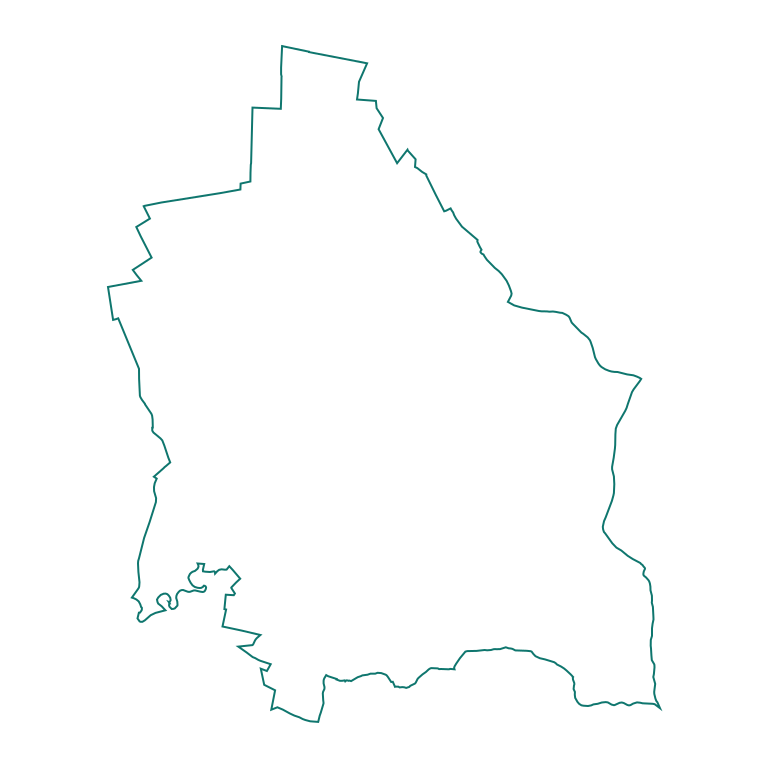 Ozun, Covasna, Romania (orthographic projection)
{"feature_id": "2599482B7707207795869", "entity_name": "Ozun", "entity_type": "district", "adm_level": 2, "iso_a3": "ROU", "parent_name": "Romania", "parent_adm1": "Covasna", "projection": "orthographic", "projection_center": [25.876, 45.801], "detail": "fine", "context": "isolated", "style": "outline", "palette": "teal", "viewbox_px": 768, "rotation_deg": 0, "n_neighbors": 0, "source": "geoboundaries", "source_scale": "gbopen_adm2", "svg_char_len": 6115}
<svg xmlns="http://www.w3.org/2000/svg" viewBox="0 0 768 768"><path d="M660.0,708.2L657.4,702.3L656.3,700.9L655.4,698.5L654.3,693.9L654.2,691.9L654.4,690.1L655.2,683.9L653.3,677.0L653.9,674.0L654.5,667.4L654.4,664.9L654.2,664.2L651.8,660.1L651.4,655.3L651.0,648.4L650.7,645.7L650.8,639.9L652.0,635.9L652.0,628.3L652.6,623.7L653.5,619.5L653.4,616.5L652.9,606.9L651.8,602.7L652.0,600.7L651.9,595.7L650.5,590.3L650.4,586.6L649.9,583.5L649.2,581.4L648.4,580.1L646.0,577.4L644.1,575.9L643.4,574.8L643.4,573.4L643.8,571.4L645.0,568.8L644.9,568.2L644.6,567.6L643.7,566.7L642.5,565.0L641.0,563.9L640.3,563.0L632.7,559.0L627.7,555.8L621.3,550.5L616.4,547.6L612.3,543.3L605.2,533.4L603.9,531.9L603.1,529.3L602.8,526.8L604.0,521.2L605.7,517.3L611.9,500.9L613.4,495.5L613.9,493.1L614.3,484.2L613.9,476.4L612.1,469.3L612.1,466.8L613.7,457.8L614.9,448.7L615.2,445.0L615.4,434.2L615.8,428.6L617.1,425.0L625.2,410.9L626.6,407.9L627.9,403.8L632.0,392.1L633.6,389.4L639.8,381.1L641.2,378.9L639.9,378.0L636.9,376.6L633.4,375.3L627.1,374.4L617.6,372.0L614.4,371.9L611.5,371.5L609.0,370.8L605.2,369.3L601.5,367.0L599.9,365.5L598.4,363.5L595.9,359.2L595.0,357.2L592.7,347.9L590.6,341.8L589.9,340.2L587.7,337.4L583.1,333.7L581.4,332.6L573.0,324.0L571.7,322.6L569.5,317.5L568.5,316.2L566.1,314.7L562.3,312.9L560.0,312.7L555.9,311.9L552.9,311.5L549.4,311.7L547.0,311.4L541.4,311.3L538.9,311.0L521.9,307.6L514.2,305.4L507.9,301.9L511.2,295.6L511.6,293.6L511.0,291.2L508.9,285.5L506.6,280.8L501.9,274.3L498.7,271.0L494.8,267.9L486.9,259.8L484.5,256.3L483.5,254.5L481.8,253.7L481.1,253.0L480.5,252.2L480.5,251.4L481.5,249.8L479.9,247.0L477.7,242.5L477.3,241.4L477.6,240.0L462.0,226.7L456.1,218.7L454.2,215.3L453.1,212.4L451.6,210.3L450.6,208.4L446.1,210.7L444.2,211.3L435.8,194.9L426.3,175.6L426.3,174.4L422.1,171.9L417.3,168.1L415.0,167.0L415.6,159.3L407.8,150.6L407.5,149.7L397.1,163.2L378.6,129.2L383.0,118.0L376.6,108.2L375.9,100.9L357.0,99.5L357.9,93.4L359.0,81.8L367.1,63.3L309.0,52.1L309.0,51.7L282.1,46.1L281.1,67.6L281.1,74.3L281.6,76.5L281.5,77.3L281.2,98.6L280.8,108.8L252.5,107.6L251.1,163.2L250.8,164.7L250.5,172.7L250.4,181.5L240.6,183.6L240.4,189.5L219.8,193.2L161.4,202.5L144.4,205.9L143.7,206.2L149.9,218.6L136.3,227.0L140.7,236.3L151.6,257.6L132.8,269.9L136.6,275.0L141.3,280.8L108.0,287.0L113.1,319.9L116.2,319.1L118.2,318.3L118.3,318.5L139.0,368.8L139.1,378.9L139.9,395.7L140.4,397.2L142.0,399.9L145.0,403.9L145.0,404.3L151.4,413.8L152.1,415.6L152.6,419.5L152.8,427.6L152.2,427.7L152.3,430.7L153.4,432.5L160.5,438.4L162.3,440.4L164.3,445.5L168.3,457.6L170.2,462.4L165.8,466.2L164.5,467.2L163.7,468.1L153.9,476.7L156.7,478.6L154.7,483.3L154.0,487.1L154.1,491.2L156.1,498.2L155.9,502.1L149.6,522.1L144.1,538.0L139.0,558.3L138.2,560.9L138.0,563.3L138.4,571.9L139.5,582.3L139.2,586.4L138.9,587.6L138.1,588.9L131.9,597.6L134.0,598.3L136.4,599.5L138.7,601.4L140.3,604.4L141.1,607.0L141.8,607.6L141.9,609.0L141.6,610.4L140.0,612.6L138.9,612.7L137.5,618.4L139.6,621.4L140.6,621.8L142.4,621.8L144.9,620.3L150.7,615.2L155.5,612.9L165.4,610.3L161.7,606.3L158.2,603.6L157.5,602.0L157.0,599.6L158.2,597.5L160.8,594.9L163.7,593.7L165.7,593.6L167.4,594.2L168.8,595.6L170.2,597.7L170.6,599.8L170.6,600.2L169.7,602.0L169.2,602.1L168.7,601.9L169.8,603.6L169.2,603.8L169.1,605.5L169.5,606.7L171.7,609.0L173.7,608.8L174.8,608.4L177.4,605.6L177.5,604.8L177.3,601.6L176.2,598.0L176.4,595.9L177.1,594.0L178.7,591.9L180.0,590.7L181.6,590.1L183.1,590.0L187.7,591.7L189.0,591.9L190.0,591.8L193.6,590.5L195.0,590.4L200.5,591.7L202.6,592.0L203.7,591.8L204.6,591.2L205.2,590.3L205.8,589.0L206.1,587.6L205.7,586.5L204.7,585.8L203.8,585.7L202.8,587.0L201.1,587.9L199.7,588.0L197.6,587.8L194.7,586.9L192.5,585.3L190.6,582.7L189.2,580.0L188.4,577.9L188.6,576.8L189.9,574.0L191.2,572.7L192.5,571.8L195.0,570.9L197.5,568.8L198.1,567.7L198.5,566.6L198.3,565.1L197.6,563.5L204.2,564.0L202.9,569.8L203.0,571.3L205.4,571.7L210.0,572.0L214.1,571.3L214.9,571.9L215.1,573.6L217.3,571.2L219.2,569.8L221.6,569.3L224.9,569.7L226.6,569.6L229.3,566.2L232.8,570.0L240.2,578.7L236.1,582.5L231.3,587.5L231.4,588.1L234.9,593.5L233.8,595.2L225.8,594.7L224.4,609.1L226.1,609.5L222.5,626.5L241.8,630.6L260.4,635.0L256.8,638.1L255.6,639.5L254.9,640.7L253.2,644.3L252.5,645.1L238.3,646.6L246.8,652.6L252.7,657.1L255.2,658.1L258.3,659.9L260.4,660.8L270.7,664.2L266.9,671.0L260.8,668.7L264.2,684.8L275.1,690.3L271.3,709.7L277.4,707.3L282.8,709.6L289.9,713.5L294.4,715.6L299.4,717.3L302.6,719.0L305.3,720.0L310.2,721.3L318.2,721.9L319.7,715.7L320.8,712.6L323.5,703.5L323.5,702.6L323.2,700.1L322.8,693.4L323.1,691.8L324.4,689.0L324.5,687.1L323.6,683.4L323.6,680.8L323.8,679.6L324.3,678.3L326.2,675.1L328.1,676.2L336.7,679.0L336.5,679.5L339.9,680.8L342.1,680.8L344.6,680.4L345.2,681.4L346.4,680.4L347.9,680.5L348.4,680.8L349.5,680.6L351.1,681.1L357.7,677.2L361.0,676.1L362.3,675.4L367.6,674.7L370.4,673.7L375.1,673.7L377.6,672.8L381.3,673.1L385.7,674.7L386.6,675.3L387.8,676.8L391.2,682.0L392.8,681.8L395.0,686.8L395.5,686.6L398.4,686.7L399.6,687.4L402.4,687.1L404.3,687.3L406.2,687.9L409.3,686.9L410.3,685.8L414.9,683.6L415.7,682.7L417.6,678.9L418.5,677.9L422.5,674.4L425.9,672.0L428.7,669.4L430.1,668.5L431.2,668.1L437.8,668.4L439.1,669.1L441.1,669.0L449.0,669.3L450.1,668.9L454.5,669.3L454.1,668.0L454.5,666.5L456.1,663.8L460.0,658.1L465.4,651.6L467.3,651.1L476.6,650.9L484.6,650.0L487.2,650.3L491.0,650.0L493.7,649.2L495.2,649.1L496.7,649.2L500.1,649.1L505.8,647.3L508.7,648.3L510.8,648.5L512.5,648.9L515.3,650.4L526.8,650.8L530.6,651.2L531.6,651.6L533.4,654.0L535.5,656.2L539.8,658.2L545.0,659.4L554.2,662.2L555.7,663.2L557.0,664.5L561.0,666.5L564.1,668.5L566.5,670.5L570.8,674.5L573.1,677.0L572.8,677.4L573.0,679.6L574.3,683.1L574.3,684.6L574.0,685.4L573.6,689.0L574.9,691.9L574.8,694.8L575.2,697.9L577.4,701.8L579.1,703.8L581.4,705.3L583.5,705.7L588.0,706.0L591.2,705.4L593.4,704.4L597.7,703.8L601.8,702.5L605.7,702.1L607.8,702.4L611.6,704.6L614.0,705.2L614.8,705.0L619.6,702.8L621.8,702.5L623.7,703.0L627.4,705.0L629.0,705.4L630.5,705.1L633.1,703.6L637.0,702.4L640.0,702.7L642.7,703.3L652.9,703.8L654.7,704.2L660.0,708.2Z" fill="none" stroke="#0f766e" stroke-width="2"/></svg>